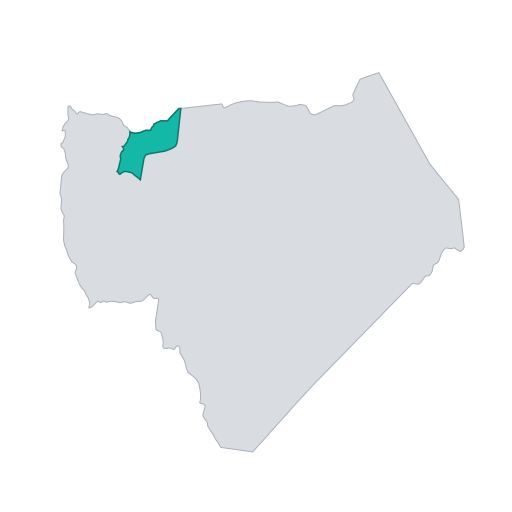 location of El Oued within Algeria, rotated 276°
{"feature_id": "DZA-2191", "entity_name": "El Oued", "entity_type": "Province", "adm_level": 1, "iso_a3": "DZA", "parent_name": "Algeria", "parent_adm1": "", "projection": "natural_earth1", "projection_center": [6.786, 33.25], "detail": "fine", "context": "in_parent", "style": "filled", "palette": "teal", "viewbox_px": 512, "rotation_deg": 276, "n_neighbors": 0, "source": "natural_earth", "source_scale": "10m", "svg_char_len": 5082}
<svg xmlns="http://www.w3.org/2000/svg" viewBox="0 0 512 512"><g transform="rotate(276 256 256)"><path d="M385.3,53.5L385.7,54.7L385.7,55.9L384.0,56.9L382.9,57.5L381.5,60.4L379.0,62.4L378.6,63.0L378.6,63.6L380.3,64.5L380.9,65.3L381.2,66.4L380.4,70.5L379.3,77.7L379.4,79.3L380.0,81.2L380.7,82.6L380.9,84.3L380.7,88.4L381.5,90.7L382.1,92.9L380.6,95.6L380.0,98.0L379.6,101.4L379.4,103.6L378.5,105.6L377.2,107.4L375.8,108.6L374.0,109.6L372.0,110.9L370.3,114.5L366.7,117.4L366.0,118.4L365.7,120.8L365.8,124.1L366.4,126.7L368.1,130.5L369.6,134.8L370.1,136.9L370.6,137.7L372.8,139.1L376.4,141.0L377.1,141.8L379.0,144.7L380.7,149.9L381.3,153.4L387.8,158.7L394.1,163.4L394.5,164.1L398.0,180.1L399.2,185.7L403.7,206.1L401.8,207.3L399.8,208.7L401.3,211.5L404.2,216.0L406.0,219.6L406.6,221.2L408.1,225.7L409.2,230.1L409.5,231.5L409.9,234.9L409.5,244.1L410.4,255.9L411.5,261.8L409.8,267.1L408.4,272.1L408.5,274.7L409.4,278.7L410.2,281.6L411.3,283.1L411.1,288.1L410.6,289.9L407.4,292.5L403.7,294.9L402.7,296.9L402.4,299.1L402.9,300.9L413.5,317.7L413.9,319.3L414.1,324.1L415.8,330.0L417.7,332.6L418.5,334.5L419.8,335.9L421.1,336.9L422.0,337.1L426.6,335.4L434.7,338.1L442.3,340.8L442.9,341.4L447.3,350.4L451.2,359.0L365.9,419.1L356.5,428.3L334.3,450.8L332.6,451.8L303.4,458.5L288.2,461.8L287.5,462.0L286.6,462.0L286.0,462.0L284.7,461.4L283.1,460.0L282.1,459.4L281.8,458.3L282.5,456.9L283.2,455.6L283.5,454.6L284.1,453.8L284.7,453.2L284.8,452.4L284.2,450.9L283.7,449.0L283.8,445.4L283.8,443.8L282.4,442.4L279.8,440.9L277.3,440.0L276.2,439.7L273.5,439.1L269.8,438.2L268.5,437.5L266.2,434.2L265.0,433.3L259.4,432.8L257.6,432.2L256.1,431.4L254.8,430.4L254.1,428.5L253.9,427.1L253.4,426.3L247.3,422.8L245.7,421.5L244.9,420.4L244.9,418.7L245.1,416.7L244.8,414.8L244.6,413.9L138.0,329.7L132.3,325.3L119.4,315.6L60.8,273.2L61.9,242.8L62.0,241.2L62.4,240.5L64.3,239.4L67.4,236.9L68.6,235.7L70.0,234.6L75.1,231.1L76.2,230.1L81.2,226.2L82.4,225.6L85.0,225.2L86.1,224.4L87.6,222.9L89.8,221.0L91.3,220.2L91.6,220.0L92.5,219.9L97.0,220.4L98.8,220.8L101.1,221.2L101.8,220.9L102.4,220.4L103.3,219.1L103.5,217.6L103.6,216.3L103.8,215.7L104.2,215.4L105.1,215.5L106.4,215.7L109.1,215.7L110.0,215.5L113.1,215.2L117.4,214.3L123.6,212.3L126.5,210.0L128.7,207.6L131.1,203.9L132.9,200.7L136.5,198.8L139.5,197.6L141.2,197.1L145.1,195.4L151.5,190.5L156.9,189.8L157.5,189.4L158.3,188.5L158.4,187.1L157.5,186.0L156.4,185.5L155.7,184.9L154.9,184.8L154.6,184.1L154.8,182.7L155.0,181.5L155.5,180.3L155.4,178.6L154.7,176.9L154.5,175.7L154.6,174.4L155.0,173.5L156.1,172.9L157.4,172.6L159.1,172.9L162.2,172.5L170.2,169.6L170.7,168.7L171.3,166.6L171.9,164.8L172.7,164.2L173.2,164.1L179.5,162.9L180.9,162.8L192.6,163.4L202.7,163.8L203.6,163.3L203.6,162.0L203.0,159.6L203.5,158.1L204.9,156.7L206.8,155.1L206.0,153.2L204.6,151.9L202.6,150.4L201.6,149.8L199.8,147.9L198.7,145.8L198.1,141.3L196.8,138.8L195.8,135.8L196.9,130.1L195.6,126.7L195.4,125.2L195.5,123.5L196.0,120.5L195.8,116.3L194.3,111.9L195.1,110.4L195.5,109.6L195.4,109.0L194.0,107.6L193.4,106.4L193.8,105.4L194.5,103.8L194.5,103.2L192.2,101.3L188.4,98.2L187.4,96.8L186.9,95.2L190.6,95.6L192.5,95.4L197.0,93.4L200.5,90.6L203.3,89.2L205.8,86.3L208.0,84.4L211.2,82.3L220.3,77.9L221.7,77.9L224.6,78.9L227.2,78.6L229.0,77.1L231.0,73.4L233.9,71.1L237.7,68.9L242.8,66.7L246.1,64.7L251.4,63.0L264.5,61.9L271.3,60.9L275.9,61.2L280.5,58.0L282.9,57.0L292.9,56.7L297.6,54.5L315.5,54.4L317.7,55.2L319.8,56.5L323.5,59.4L325.3,60.1L327.7,59.5L333.2,56.6L339.4,55.2L342.7,53.5L344.2,51.0L347.1,50.1L348.7,52.0L355.1,53.9L359.1,53.4L360.8,52.8L360.2,50.0L364.4,50.7L367.6,52.1L370.9,54.8L373.1,55.4L377.1,54.1L385.3,53.5Z" fill="#d9dde1" stroke="#a8b0b8" stroke-width="1"/><path d="M369.6,133.7L369.7,136.7L369.9,137.8L370.4,138.3L371.1,138.5L372.0,138.6L372.7,138.8L374.7,140.4L375.1,140.6L375.5,140.7L375.9,140.7L376.2,140.6L376.7,140.9L378.4,143.7L380.3,146.7L380.6,147.5L380.8,150.7L381.0,153.0L381.2,153.8L381.3,153.8L381.8,154.4L384.1,155.9L387.0,158.1L390.9,161.0L394.1,163.4L394.3,163.7L394.6,164.2L394.9,165.8L362.4,165.7L359.7,165.4L357.1,164.6L355.2,162.5L353.8,160.3L351.5,156.0L350.7,154.1L346.6,139.4L345.0,135.8L341.6,134.4L319.7,133.0L321.8,130.0L323.6,126.9L324.6,125.6L325.3,124.7L325.6,124.3L325.7,123.8L326.5,118.9L326.5,117.8L326.4,117.3L326.2,116.5L325.9,115.7L325.7,115.3L325.2,114.4L324.5,113.6L323.2,112.4L323.0,112.2L323.1,111.9L323.2,111.6L323.3,111.3L323.4,111.1L323.6,110.9L323.8,110.8L324.6,110.5L324.9,110.3L325.1,110.0L325.2,109.7L325.2,109.4L325.3,109.1L325.4,108.9L325.5,108.9L326.7,109.5L328.4,110.0L338.0,111.3L341.6,110.5L342.0,110.5L344.9,111.3L346.0,111.8L346.1,112.1L346.3,112.3L346.5,112.5L346.8,112.7L347.1,112.9L347.4,113.0L347.8,113.1L348.4,113.1L348.9,112.9L349.6,112.7L350.3,112.3L350.9,111.7L351.2,112.8L351.8,113.5L355.8,115.9L356.8,116.2L359.0,116.6L360.2,117.3L361.5,117.7L362.6,117.8L366.4,117.7L366.5,117.7L366.1,118.1L365.8,118.7L365.8,120.4L365.4,122.7L365.5,123.6L365.7,124.8L365.9,125.2L366.4,126.3L366.6,127.4L366.7,128.0L367.9,130.1L369.3,132.7L369.6,133.6L369.6,133.7Z" fill="#14b8a6" stroke="#0f766e" stroke-width="1.5"/></g></svg>